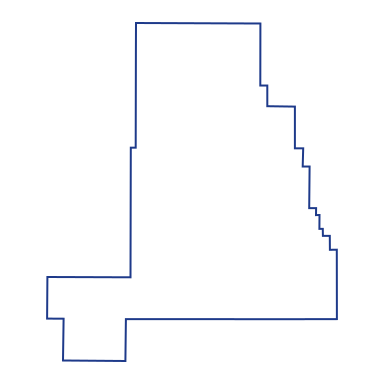 Golden Valley, Montana, United States of America
{"feature_id": "52423323B93637300431775", "entity_name": "Golden Valley", "entity_type": "district", "adm_level": 2, "iso_a3": "USA", "parent_name": "United States of America", "parent_adm1": "Montana", "projection": "albers", "projection_center": [-109.079, 46.398], "detail": "fine", "context": "isolated", "style": "outline", "palette": "blue", "viewbox_px": 384, "rotation_deg": 0, "n_neighbors": 0, "source": "geoboundaries", "source_scale": "gbopen_adm2", "svg_char_len": 514}
<svg xmlns="http://www.w3.org/2000/svg" viewBox="0 0 384 384"><path d="M288.9,319.2L336.9,319.1L336.8,249.7L329.9,249.8L329.8,235.9L322.9,235.9L322.8,228.9L319.4,228.9L319.5,215.0L316.0,215.1L316.1,208.1L309.2,208.1L309.6,166.5L302.7,166.5L303.2,148.3L294.9,148.3L294.9,106.6L267.3,106.2L267.3,85.5L260.3,85.5L260.4,23.5L136.0,23.0L135.9,50.6L135.7,147.7L130.8,147.7L130.5,277.3L47.4,277.0L47.1,318.6L63.6,318.7L63.0,360.5L125.4,361.0L125.9,319.1L288.9,319.2Z" fill="none" stroke="#1e3a8a" stroke-width="2"/></svg>